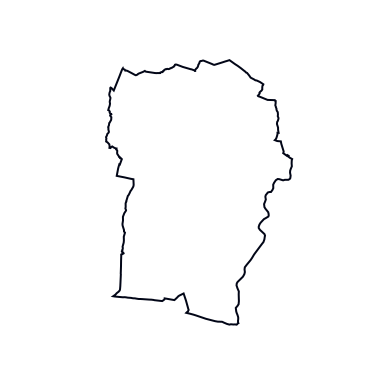 outline of Todiresti, Suceava, Romania, rotated 70°
{"feature_id": "2599482B78954839759131", "entity_name": "Todiresti", "entity_type": "district", "adm_level": 2, "iso_a3": "ROU", "parent_name": "Romania", "parent_adm1": "Suceava", "projection": "albers", "projection_center": [26.059, 47.693], "detail": "fine", "context": "isolated", "style": "outline", "palette": "ink", "viewbox_px": 384, "rotation_deg": 70, "n_neighbors": 0, "source": "geoboundaries", "source_scale": "gbopen_adm2", "svg_char_len": 5818}
<svg xmlns="http://www.w3.org/2000/svg" viewBox="0 0 384 384"><g transform="rotate(70 192 192)"><path d="M263.0,301.7L263.8,300.3L266.0,295.7L267.3,292.9L267.7,291.6L268.2,290.4L269.3,288.5L270.7,285.4L271.3,284.5L272.0,283.1L272.4,282.0L272.8,281.4L274.2,278.9L274.8,277.3L275.7,275.2L276.2,274.1L278.6,268.7L279.2,267.2L280.2,265.2L280.8,264.3L283.3,259.3L284.3,257.3L284.0,256.1L283.5,254.6L283.2,254.4L282.6,254.1L287.5,245.6L287.4,245.4L287.4,245.1L286.2,242.3L285.5,240.9L285.3,240.6L285.0,239.3L284.5,234.6L292.0,234.8L300.9,235.5L301.7,235.5L302.3,236.2L302.8,236.6L303.3,238.1L303.6,238.7L305.7,235.5L307.8,232.5L309.5,230.3L315.9,222.3L321.2,214.6L322.6,212.2L324.0,208.7L324.4,207.9L324.8,207.5L325.2,207.2L327.9,204.3L329.4,202.2L329.6,200.7L330.8,198.1L331.1,196.9L331.3,196.5L331.6,196.1L331.8,195.8L331.9,195.4L331.7,194.7L331.1,194.1L331.1,193.3L330.4,193.3L330.0,193.2L328.9,192.9L327.8,192.3L326.1,191.6L325.1,191.4L322.6,191.3L321.4,191.4L319.4,191.3L315.9,190.5L314.6,188.2L313.4,186.6L310.7,185.3L304.1,183.1L301.4,182.0L298.1,182.2L295.0,182.1L293.2,181.2L292.1,179.9L289.0,173.1L287.1,170.9L285.3,169.7L282.7,169.1L280.8,168.1L279.0,165.3L276.0,160.2L274.4,158.0L272.1,155.2L271.2,153.9L264.9,144.3L263.5,142.0L261.3,140.2L258.9,138.9L258.0,138.3L256.3,138.3L250.8,141.1L248.7,141.6L247.5,141.2L245.7,139.8L244.3,138.0L242.1,133.7L241.8,131.8L241.2,128.7L240.4,128.0L238.8,127.5L237.0,127.3L232.9,128.7L231.0,129.1L228.0,128.4L225.9,126.5L224.3,125.2L221.6,124.7L220.2,123.8L218.4,120.9L218.5,119.3L219.0,117.8L217.6,115.7L216.2,114.3L212.9,113.2L211.4,111.7L209.6,109.2L209.1,107.0L209.8,105.6L212.2,102.4L212.3,100.6L213.5,97.3L213.2,95.7L212.6,94.9L210.3,93.7L207.5,93.3L205.6,92.5L204.2,91.4L202.0,89.4L199.2,88.6L196.5,87.5L195.3,86.6L193.5,88.2L191.8,89.3L191.1,88.8L189.9,89.8L190.4,90.5L186.7,93.0L186.0,92.4L185.2,92.0L177.2,91.6L174.8,91.2L173.5,94.0L173.1,94.7L171.6,96.4L171.2,95.5L170.2,94.3L168.8,93.2L167.1,92.0L166.2,91.6L165.6,91.4L166.0,90.4L163.2,89.9L160.9,89.1L158.7,89.0L157.1,88.9L155.3,88.0L154.5,87.0L153.8,86.5L152.9,85.8L152.2,85.5L151.6,85.4L150.3,85.5L149.9,85.4L148.8,84.8L146.3,84.1L144.6,84.5L143.3,84.4L142.5,84.1L141.1,84.2L140.4,84.0L139.4,84.1L138.9,84.0L137.5,83.2L135.3,82.3L135.2,82.6L134.5,82.8L134.1,82.7L134.0,82.8L131.3,89.5L125.4,96.0L124.9,96.7L124.5,97.1L124.1,97.2L123.3,95.8L122.8,95.1L122.5,94.7L121.9,94.7L121.7,94.6L121.3,94.0L120.5,92.0L119.7,90.9L118.0,90.3L116.5,89.6L116.2,89.3L115.7,88.5L115.2,88.1L112.0,90.4L109.5,92.9L109.2,93.3L108.8,94.1L108.4,94.5L107.3,95.3L104.8,97.6L104.5,97.8L102.2,98.4L99.0,99.5L98.0,100.5L97.5,100.6L96.9,100.9L96.0,101.5L92.4,103.7L89.1,105.9L86.6,107.8L80.9,111.7L80.8,114.7L80.7,115.7L80.6,118.8L80.3,125.4L80.2,127.4L79.9,128.0L79.7,128.3L78.5,129.5L72.5,136.2L72.2,136.8L72.1,138.5L71.9,139.0L71.9,139.5L72.1,140.0L72.3,140.1L72.8,140.7L73.3,141.0L73.6,141.2L74.4,142.3L74.8,142.7L75.3,142.9L76.4,143.8L77.3,145.1L77.4,145.6L78.1,146.9L78.7,147.4L79.3,147.6L79.2,147.9L78.9,147.9L78.6,148.1L76.9,150.1L76.5,150.6L76.2,151.2L71.3,157.9L67.0,162.9L66.9,163.3L66.6,163.8L66.6,164.5L67.3,165.1L67.5,165.4L67.5,165.7L68.0,166.2L68.1,167.1L68.4,168.4L68.3,168.9L68.3,169.3L68.5,169.7L68.4,170.4L68.6,171.5L68.4,172.2L67.8,173.2L67.9,173.9L67.6,174.3L67.7,174.9L67.6,175.2L67.7,175.6L67.8,175.9L67.9,176.5L68.0,176.6L68.3,176.8L68.4,177.1L68.5,177.4L68.6,177.6L68.5,177.8L69.0,178.2L69.1,178.4L69.2,178.9L68.9,179.3L68.9,180.9L69.0,181.2L69.3,181.3L68.1,184.8L67.6,186.0L63.4,193.7L63.0,194.3L62.7,194.6L62.1,194.9L62.2,195.5L62.3,196.3L62.4,197.2L62.5,201.5L62.6,202.3L63.0,203.0L63.1,204.6L63.0,205.0L62.2,205.8L59.8,207.9L56.6,210.8L56.0,211.4L55.4,212.2L55.1,213.2L54.1,213.3L53.8,213.5L53.6,213.8L53.2,214.3L52.5,214.6L52.1,214.6L52.8,215.6L54.1,216.8L58.7,220.8L69.9,230.8L66.8,232.1L66.3,232.5L66.0,232.8L66.1,233.0L66.4,233.3L67.6,233.6L68.2,234.0L68.8,234.1L69.4,234.5L70.2,235.3L71.7,236.2L72.4,236.5L73.6,236.6L75.4,236.4L75.8,236.5L76.7,237.0L77.6,237.6L78.4,238.1L79.2,238.5L80.9,238.8L82.0,239.4L83.1,240.1L84.7,241.5L86.4,242.7L87.0,242.1L87.5,241.9L88.5,241.8L88.8,242.1L89.2,242.2L90.6,242.0L90.8,241.8L91.0,241.2L91.4,241.2L91.9,242.6L92.2,242.8L93.0,242.6L94.1,242.2L94.8,242.5L96.2,243.1L96.9,243.6L97.7,244.6L98.7,245.7L98.9,246.2L101.0,247.3L101.7,248.0L102.4,248.6L102.8,248.5L103.5,248.7L104.0,249.0L104.8,249.2L107.0,249.5L107.3,249.7L107.7,250.1L108.1,250.8L108.4,251.6L108.6,251.8L109.9,252.7L111.0,254.0L112.6,254.2L113.5,254.8L114.6,255.0L115.2,255.4L116.5,254.4L118.9,253.4L120.9,253.8L122.3,254.5L122.8,253.6L122.3,252.9L122.1,252.4L121.9,251.4L123.3,250.4L124.1,249.7L125.1,248.5L125.3,248.1L126.1,248.7L126.7,248.3L127.4,248.1L128.1,248.3L129.7,249.0L130.6,249.2L133.0,248.6L134.3,248.5L134.4,248.4L134.4,248.0L134.9,247.8L135.6,248.0L135.8,247.8L135.7,247.5L135.8,247.3L137.1,246.7L141.5,250.4L141.1,250.8L143.1,252.3L144.7,253.4L151.1,257.2L152.5,254.9L153.7,252.9L155.2,250.4L156.5,248.4L158.6,245.1L160.0,242.7L165.1,244.3L166.1,244.8L166.8,245.3L167.2,245.7L168.8,247.6L169.8,248.9L170.1,249.5L171.4,250.7L172.9,252.3L173.4,252.9L173.7,253.6L177.6,256.5L178.1,256.8L178.2,257.0L178.6,257.0L179.8,258.2L183.5,259.5L184.6,260.2L186.6,260.2L187.0,260.5L188.8,262.9L191.7,265.4L195.2,266.6L198.3,268.3L199.9,268.7L204.4,268.9L205.9,269.4L207.3,268.9L210.7,271.4L214.3,272.6L216.2,273.5L219.6,275.9L220.3,276.1L220.8,276.1L221.9,276.6L222.4,277.2L223.0,277.3L223.2,277.5L223.5,278.1L223.9,278.3L224.1,278.3L224.7,277.8L225.3,278.0L225.8,277.9L225.9,277.5L225.9,277.3L226.3,277.3L226.4,277.9L226.6,278.8L226.4,279.3L226.4,279.7L226.5,279.9L228.2,280.5L232.2,282.1L237.7,284.2L244.4,286.9L245.0,287.0L256.0,291.6L258.8,292.9L259.8,293.6L260.7,295.3L260.9,296.1L261.1,296.7L261.4,297.5L261.9,298.4L262.3,299.2L263.0,301.7Z" fill="none" stroke="#020617" stroke-width="2"/></g></svg>